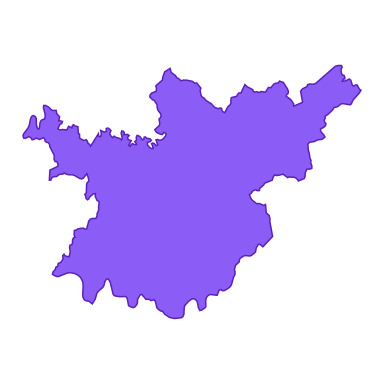 the district of Campos Novos, Santa Catarina, Brazil
{"feature_id": "56859067B83022570879556", "entity_name": "Campos Novos", "entity_type": "district", "adm_level": 2, "iso_a3": "BRA", "parent_name": "Brazil", "parent_adm1": "Santa Catarina", "projection": "equal_earth", "projection_center": [-51.278, -27.42], "detail": "fine", "context": "isolated", "style": "filled", "palette": "violet", "viewbox_px": 384, "rotation_deg": 0, "n_neighbors": 0, "source": "geoboundaries", "source_scale": "gbopen_adm2", "svg_char_len": 5884}
<svg xmlns="http://www.w3.org/2000/svg" viewBox="0 0 384 384"><path d="M262.9,246.8L272.6,236.5L269.8,221.2L270.0,219.1L269.2,215.6L266.3,212.8L265.5,204.5L263.9,205.4L259.2,203.5L256.6,203.6L252.2,200.2L250.8,198.3L249.4,194.6L251.4,193.2L252.5,191.1L255.5,189.7L257.4,190.7L259.5,190.5L259.6,188.5L263.6,185.1L264.6,183.2L272.2,180.2L273.1,177.2L274.5,174.9L276.4,175.5L278.7,175.3L283.1,174.2L287.6,177.6L288.9,177.0L294.2,177.3L295.9,178.0L297.6,179.6L298.4,181.0L304.3,178.5L305.1,176.4L305.2,172.9L306.9,169.1L309.9,169.1L311.8,168.4L311.9,166.0L310.7,162.6L311.0,160.4L310.0,158.2L309.1,152.7L308.3,150.1L307.9,144.1L309.6,142.2L314.2,141.6L317.6,139.9L322.2,139.3L325.0,137.0L323.8,134.9L320.6,131.4L320.6,128.9L323.7,127.4L325.5,125.7L326.0,123.7L324.6,122.0L324.3,120.0L325.2,118.3L325.1,116.2L327.8,114.5L331.7,110.9L333.1,109.3L333.8,107.7L337.6,106.7L340.9,104.0L342.9,103.6L350.1,104.8L351.3,103.9L353.0,100.2L359.4,92.9L361.0,90.2L359.6,89.4L357.1,85.0L355.5,84.9L353.7,86.2L352.4,85.2L350.8,80.2L349.3,79.0L345.7,80.8L342.4,81.3L343.3,79.1L344.9,78.9L344.7,76.9L343.9,75.2L342.2,75.0L341.3,72.4L341.0,69.9L342.2,66.9L341.3,65.5L338.0,65.5L335.4,66.2L315.8,83.3L313.8,84.2L309.3,84.0L307.6,84.7L307.0,86.5L302.4,88.9L300.6,91.2L302.6,102.3L293.8,106.1L293.5,103.6L291.6,100.7L290.1,99.0L286.3,96.3L286.7,94.6L288.1,93.5L288.4,91.5L287.4,88.7L283.3,82.4L279.5,81.1L278.2,82.9L275.1,83.4L273.8,84.1L270.7,87.8L268.4,87.4L265.5,92.1L261.0,91.5L259.3,92.6L257.0,91.7L254.9,92.1L253.3,91.5L252.9,89.7L247.3,86.8L244.9,84.6L240.9,93.0L239.0,92.9L237.6,94.3L236.6,96.3L231.3,97.6L230.8,100.6L231.0,103.1L229.8,105.1L227.9,106.6L224.8,112.6L222.9,111.8L221.9,110.2L221.6,108.3L220.0,108.0L217.9,108.6L214.6,107.4L211.3,103.7L206.3,100.7L204.0,98.0L202.0,96.9L201.1,95.4L200.1,90.3L200.9,88.2L196.8,83.0L194.5,83.1L192.7,81.4L187.0,80.2L183.4,80.1L181.2,80.8L178.3,78.4L176.9,77.9L175.4,75.5L171.2,72.4L170.1,68.4L164.7,71.8L162.8,77.1L162.5,79.9L155.8,85.9L156.5,88.5L156.1,91.3L151.6,93.1L150.1,95.0L149.8,96.9L152.6,99.8L154.2,100.4L157.1,104.8L157.1,107.3L157.9,110.2L160.6,113.8L161.2,115.8L160.2,118.0L159.0,119.0L159.8,123.6L159.2,125.6L154.8,129.6L155.8,131.6L157.4,132.9L160.9,134.4L162.5,134.5L163.8,132.3L166.1,133.7L165.6,136.0L162.9,139.1L161.1,140.1L159.0,140.1L157.6,139.4L155.9,139.9L157.7,144.8L156.3,145.7L154.2,143.5L152.9,143.0L151.5,143.6L152.6,146.0L153.1,148.4L151.6,148.5L150.2,147.9L147.5,145.0L147.5,142.3L149.9,141.8L151.4,140.4L150.1,138.8L146.6,138.2L145.4,136.9L144.1,137.2L143.8,139.4L142.5,139.8L139.8,136.4L137.2,135.3L136.3,137.0L136.4,140.3L134.7,141.7L135.9,142.8L136.4,144.5L134.2,144.5L132.5,143.6L131.2,144.5L130.2,146.4L128.6,145.4L131.3,140.6L128.1,139.6L127.6,137.1L129.2,135.6L127.6,134.4L124.0,134.7L124.4,132.7L123.5,131.4L121.8,130.9L121.1,133.2L122.3,138.2L121.6,140.0L120.1,138.6L115.5,137.2L114.1,136.1L112.7,137.7L110.2,135.1L109.8,133.3L111.0,130.6L109.4,128.9L107.8,128.0L106.2,128.5L106.3,131.3L104.3,132.1L100.7,130.4L101.3,133.9L100.6,136.6L98.6,136.2L98.4,133.7L90.7,146.1L89.5,144.3L88.0,143.2L87.4,141.3L86.3,139.7L84.7,140.3L83.2,140.2L79.7,138.2L79.5,134.1L78.3,133.3L77.9,126.7L74.8,125.9L73.6,124.7L72.4,125.5L71.9,127.8L68.6,126.3L66.9,129.9L62.9,129.5L59.4,130.0L57.9,128.5L60.1,124.2L61.7,123.6L62.5,121.4L58.8,120.6L59.6,116.8L56.7,113.6L56.2,110.4L52.1,110.4L48.5,107.0L45.5,105.4L43.7,105.5L43.4,107.6L45.1,114.3L45.2,116.5L44.5,119.1L42.7,119.5L41.1,120.5L40.1,122.4L39.3,128.4L38.0,129.1L37.1,127.3L36.4,124.6L36.3,118.4L35.2,116.5L33.2,115.5L31.7,116.4L30.6,118.4L29.3,125.1L28.2,127.7L23.6,133.9L23.0,135.9L23.7,138.1L25.8,138.2L28.8,136.6L31.0,137.9L32.1,139.8L34.0,139.4L36.1,138.1L39.6,139.5L43.5,137.6L44.6,138.8L45.3,141.4L46.8,142.4L48.4,142.6L49.5,144.5L49.9,146.9L54.2,155.3L54.1,159.6L55.1,161.6L56.6,161.5L57.9,163.5L57.9,166.3L49.9,170.1L49.3,180.2L50.7,180.2L51.8,177.9L53.3,176.8L56.6,176.5L59.4,174.4L63.0,174.0L64.3,172.9L65.6,173.9L68.7,174.8L72.4,174.8L74.3,175.4L79.8,178.5L81.9,178.9L83.4,178.1L86.8,173.7L88.2,177.4L88.9,181.2L87.3,182.4L86.6,184.3L86.3,192.7L84.8,194.4L85.8,196.4L86.0,198.5L87.6,199.8L88.8,198.9L89.6,197.1L93.3,193.9L95.4,193.6L95.2,196.3L97.0,200.5L98.6,201.2L99.2,202.9L98.5,206.8L98.7,209.3L98.0,211.9L97.1,213.4L97.0,216.0L95.9,218.4L91.9,218.5L90.3,219.2L88.8,220.9L86.6,228.9L85.1,229.1L83.3,228.1L80.9,228.3L77.6,229.0L76.2,230.1L74.3,230.5L74.1,235.1L75.1,237.3L73.5,237.8L72.5,239.9L72.5,243.0L71.7,244.8L69.9,245.2L69.6,247.2L70.2,252.1L69.0,256.8L65.1,255.9L64.0,254.2L62.7,255.6L63.0,258.7L62.1,260.7L60.6,262.5L58.2,263.4L57.7,266.3L55.9,267.1L55.3,269.5L53.2,271.7L52.4,274.2L54.4,275.6L56.8,276.5L58.6,276.5L67.0,273.1L70.5,272.7L74.7,273.5L78.2,275.3L80.5,277.4L82.5,281.2L83.0,283.0L83.1,287.2L82.7,294.5L83.0,297.1L84.2,299.7L85.7,300.7L89.2,301.4L92.3,303.9L95.2,299.2L97.0,293.0L99.2,290.4L102.7,287.6L104.0,285.4L104.6,282.6L105.6,280.2L106.9,279.0L108.4,279.1L110.3,282.5L113.2,294.5L114.3,295.6L116.4,296.2L120.0,296.7L125.5,296.5L127.1,298.0L128.6,305.7L130.1,306.7L133.3,307.6L134.6,307.2L135.7,306.0L136.7,304.8L137.4,302.9L137.6,299.4L139.0,296.8L140.3,294.8L141.8,294.5L146.0,299.4L147.8,299.1L149.6,299.6L151.0,300.6L154.4,299.8L155.6,302.2L156.8,307.6L158.1,309.2L160.6,311.0L162.4,311.2L164.8,314.3L169.5,317.4L174.6,318.5L181.4,317.7L182.9,316.7L183.9,314.3L184.2,308.2L184.7,305.7L188.5,301.4L191.3,299.4L193.1,298.6L195.1,299.3L196.6,300.7L197.4,302.4L198.4,307.6L199.8,310.5L201.4,310.2L205.2,307.7L205.9,306.3L205.7,301.1L206.0,298.6L206.8,296.9L208.5,295.2L210.4,294.5L217.1,295.3L219.3,289.9L221.1,289.8L222.8,290.8L224.8,290.4L228.6,288.1L230.3,286.6L231.5,284.6L233.6,277.0L234.9,274.9L235.1,271.9L234.4,269.5L235.7,265.1L239.1,262.1L239.4,259.9L240.2,258.3L243.9,255.9L245.8,255.6L249.7,256.0L251.4,255.5L255.5,252.0L256.2,248.1L258.4,244.3L260.2,244.5L262.9,246.8Z" fill="#8b5cf6" stroke="#5b21b6" stroke-width="1.5"/></svg>